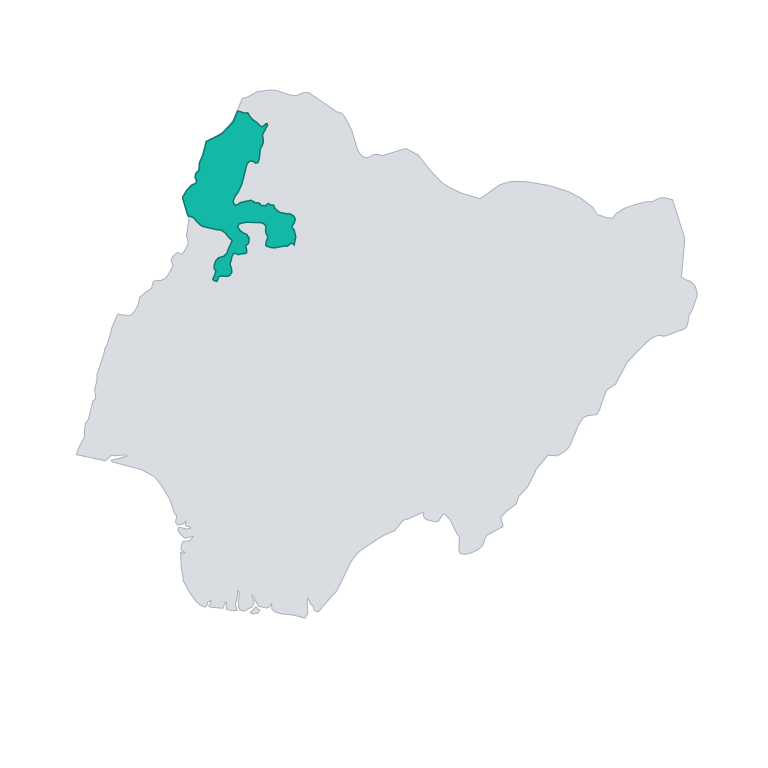 Kebbi on a map of Nigeria (Natural Earth projection), rotated 15°
{"feature_id": "NGA-2879", "entity_name": "Kebbi", "entity_type": "State", "adm_level": 1, "iso_a3": "NGA", "parent_name": "Nigeria", "parent_adm1": "", "projection": "natural_earth1", "projection_center": [4.708, 11.664], "detail": "fine", "context": "in_parent", "style": "filled", "palette": "teal", "viewbox_px": 768, "rotation_deg": 15, "n_neighbors": 0, "source": "natural_earth", "source_scale": "10m", "svg_char_len": 6305}
<svg xmlns="http://www.w3.org/2000/svg" viewBox="0 0 768 768"><g transform="rotate(15 384 384)"><path d="M615.1,131.3L636.8,165.5L641.5,191.0L643.4,203.5L647.0,205.0L653.6,205.6L658.5,208.2L661.4,212.3L663.3,216.2L663.7,218.5L662.4,233.7L660.8,239.3L661.8,246.8L661.5,250.0L660.8,252.2L657.9,254.7L653.8,257.2L644.2,264.4L641.4,265.5L637.4,265.7L633.9,267.5L629.7,271.4L620.8,286.0L613.2,300.6L607.7,324.3L601.0,331.7L599.8,338.3L598.9,353.0L597.8,357.5L596.7,358.8L589.4,361.6L585.2,365.0L582.8,371.7L579.6,394.4L578.5,398.2L576.1,402.1L572.4,406.4L569.2,408.8L560.8,410.3L552.9,427.4L552.8,430.4L549.4,446.0L543.3,457.7L542.9,465.2L535.2,475.5L531.3,482.5L535.4,489.9L535.7,491.0L522.5,503.5L521.7,505.3L521.2,513.9L520.2,516.2L517.8,519.4L514.2,522.8L510.6,525.5L506.5,527.4L502.5,528.1L500.3,527.0L499.1,524.4L496.8,513.9L495.7,511.6L493.1,509.6L482.9,498.0L476.7,493.9L475.4,494.2L474.4,495.3L472.6,501.2L470.9,503.3L467.7,504.1L462.0,504.1L457.9,503.3L456.9,502.1L455.0,497.6L442.3,508.1L437.9,510.5L432.3,522.9L424.3,529.1L418.8,534.5L404.1,551.4L401.2,556.4L398.3,563.9L392.0,595.7L381.9,615.6L380.5,619.8L379.9,619.7L378.6,621.5L374.7,620.3L372.9,616.6L370.4,616.0L366.2,610.6L365.3,611.5L369.8,625.2L368.2,630.6L355.7,630.7L345.0,632.5L337.6,632.4L333.9,630.4L332.3,625.3L331.6,625.8L331.3,628.6L328.9,630.7L320.7,631.2L317.0,627.6L314.0,623.7L310.9,622.0L311.4,623.6L315.0,627.4L314.6,633.0L307.9,639.4L303.7,639.7L301.1,637.0L299.7,632.5L299.0,625.8L297.3,621.5L296.3,621.5L297.5,628.7L297.5,635.4L300.7,640.7L295.8,642.3L290.0,642.5L289.3,640.5L288.5,636.2L287.5,635.1L286.3,642.4L274.3,644.4L272.6,644.1L272.2,642.8L273.2,640.8L273.0,637.5L270.3,640.0L269.9,645.1L268.4,645.9L263.8,645.2L258.8,642.6L250.7,636.2L240.8,625.7L239.2,621.0L236.3,615.3L231.1,599.4L232.1,598.7L234.4,599.6L235.5,598.1L231.4,597.0L230.5,595.8L230.2,592.3L230.4,588.1L236.7,585.8L238.1,583.2L239.0,580.6L231.3,584.6L224.0,580.1L222.5,577.4L223.3,575.3L231.6,575.1L234.6,573.1L232.8,572.4L229.6,572.5L228.4,571.1L228.5,567.9L227.5,568.6L226.1,571.5L221.2,573.6L218.4,571.5L218.1,566.8L217.5,564.6L215.1,563.0L206.6,550.5L195.9,540.1L186.3,532.9L172.0,529.5L141.9,529.6L140.2,528.6L142.1,527.0L144.7,525.9L154.4,520.1L152.7,519.3L142.7,523.0L139.2,523.3L134.8,530.3L105.2,531.8L105.3,528.6L106.6,519.4L108.4,513.1L106.4,505.4L105.9,498.5L107.2,496.3L107.6,493.7L107.3,475.8L108.9,473.2L109.0,471.4L105.9,463.8L105.9,457.9L105.3,452.3L104.3,449.7L105.6,427.9L105.2,422.5L106.1,418.7L106.7,409.3L106.6,400.1L108.6,385.6L121.3,383.7L124.4,378.0L126.1,370.8L125.6,363.6L129.7,357.4L134.7,351.8L134.5,345.8L135.8,343.9L138.2,342.5L141.6,341.8L145.4,338.7L147.5,333.4L149.5,324.9L146.3,319.0L146.4,317.7L147.6,314.5L149.6,311.3L151.2,310.3L154.8,311.1L156.0,309.9L158.4,300.5L158.2,298.0L154.8,291.7L152.9,274.7L151.9,272.5L149.3,269.4L142.2,257.5L142.3,251.8L145.3,244.6L147.3,241.0L150.0,239.1L150.5,237.4L149.7,235.4L148.3,233.9L148.0,230.6L149.4,226.1L149.0,221.1L149.7,195.5L155.4,190.5L163.8,182.1L168.1,173.4L170.3,166.8L173.2,144.8L177.6,142.4L186.0,134.4L197.3,129.7L204.7,128.3L217.7,129.2L224.3,128.4L229.9,124.1L232.4,122.9L236.0,122.1L268.3,133.5L271.3,133.0L273.7,133.8L277.8,136.8L287.3,147.5L297.4,163.9L300.5,167.4L303.6,169.4L306.8,170.1L309.2,169.8L311.5,168.2L314.6,165.1L319.4,163.7L323.2,164.0L343.3,151.3L345.3,151.2L357.7,153.9L374.6,166.6L388.4,174.8L398.1,177.6L409.5,179.6L428.9,180.2L443.5,162.4L448.9,158.5L455.4,155.1L469.0,151.8L491.5,149.5L512.7,150.5L525.9,153.5L539.8,159.3L545.8,164.9L555.2,165.8L561.9,164.7L564.1,159.2L570.8,152.0L580.9,145.3L589.1,140.6L595.9,138.5L601.9,133.1L606.7,131.5L615.1,131.3ZM321.4,638.2L316.9,639.9L313.9,639.5L318.0,632.3L320.1,633.8L322.7,634.5L321.4,638.2Z" fill="#d9dde1" stroke="#a8b0b8" stroke-width="1"/><path d="M151.9,272.6L151.5,272.5L150.4,271.2L142.0,257.6L141.3,256.2L141.2,254.9L142.2,252.0L142.4,251.1L143.0,248.7L146.3,242.3L147.3,241.1L149.7,239.4L150.3,238.8L150.6,237.6L150.4,236.5L149.8,235.5L148.7,234.1L148.3,233.8L148.1,233.2L147.9,232.7L147.7,229.6L147.9,228.7L148.4,227.9L149.2,227.0L150.0,225.2L149.8,223.3L148.6,219.3L148.6,216.9L149.9,209.8L149.5,196.1L149.7,195.6L159.9,186.8L162.9,183.5L170.4,170.0L171.9,158.3L172.3,158.2L175.8,158.1L178.9,158.7L180.5,157.8L182.2,157.3L183.6,158.6L185.0,160.2L187.9,162.2L191.1,163.5L192.8,164.0L194.4,164.7L196.0,165.9L197.7,166.8L199.5,167.0L200.9,166.0L201.6,164.6L202.5,163.3L203.7,162.8L204.5,164.0L204.3,165.7L203.7,167.3L203.5,168.3L203.5,169.3L203.3,170.2L203.0,170.9L202.5,173.0L202.2,175.2L203.8,178.3L204.9,181.7L204.5,185.6L204.0,187.7L203.8,189.7L205.2,198.5L205.0,202.6L202.9,203.9L199.8,202.7L196.4,203.6L194.7,207.0L195.0,228.0L193.4,236.6L191.4,241.7L191.0,246.9L192.5,248.9L194.6,249.7L196.6,248.2L198.3,245.9L207.2,241.3L208.2,241.0L209.2,241.3L209.9,241.7L210.5,241.5L211.0,241.3L211.7,241.8L212.2,242.7L213.2,242.6L214.1,241.9L216.1,241.5L218.0,242.3L218.7,243.1L219.7,243.3L222.2,242.6L223.3,242.5L224.1,242.0L224.5,240.7L225.3,239.7L226.3,239.7L227.3,240.2L228.4,240.3L231.1,239.8L232.2,240.9L232.9,242.5L236.9,244.5L239.7,245.2L246.9,244.6L247.6,244.1L248.4,243.9L251.8,244.6L253.6,245.3L255.8,247.8L255.6,251.5L254.4,255.6L255.3,257.3L257.1,258.1L260.7,264.6L261.2,273.0L259.7,271.9L258.1,272.0L257.4,272.7L256.2,274.2L255.7,275.0L254.5,276.1L252.9,276.3L251.3,276.8L243.2,280.8L240.1,281.4L235.4,281.4L234.1,280.9L233.5,279.0L233.5,276.8L233.7,272.6L233.0,270.8L231.5,269.7L229.8,266.2L229.2,262.2L226.4,260.3L223.0,260.1L209.1,263.4L202.7,266.7L201.9,270.1L204.9,272.7L208.3,274.3L211.9,275.0L212.7,275.0L213.3,275.4L213.7,276.3L214.3,276.8L215.6,277.2L216.1,278.8L216.6,281.0L216.7,283.2L214.5,286.5L216.4,289.3L217.4,292.8L216.1,294.0L212.8,295.1L209.7,296.8L206.4,296.3L204.9,296.9L204.1,300.5L204.4,304.6L204.2,306.5L204.4,308.4L206.7,311.7L208.1,315.4L206.9,319.0L205.6,320.1L204.0,320.7L198.5,322.0L196.9,322.7L196.4,324.6L196.4,326.8L195.8,328.2L192.6,328.0L191.5,326.9L192.2,322.8L192.5,318.9L191.4,317.6L190.2,316.6L189.5,314.7L189.3,312.6L189.6,308.5L191.4,305.0L196.9,301.5L196.9,300.5L198.1,299.1L198.5,298.4L198.6,297.5L198.5,295.4L200.1,285.6L200.0,284.3L197.0,283.2L191.3,279.0L186.6,277.5L181.7,278.3L168.9,278.7L166.4,278.4L161.2,275.6L157.0,272.6L152.7,272.1L152.4,272.5L151.9,272.6Z" fill="#14b8a6" stroke="#0f766e" stroke-width="1.5"/></g></svg>